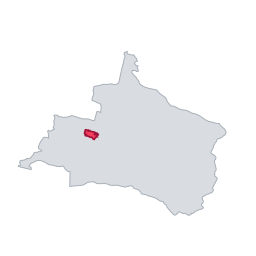 location of Luilu, Kasaï-Oriental, Democratic Republic of the Congo, rotated 103°
{"feature_id": "63176286B70348427219396", "entity_name": "Luilu", "entity_type": "district", "adm_level": 2, "iso_a3": "COD", "parent_name": "Democratic Republic of the Congo", "parent_adm1": "Kasaï-Oriental", "projection": "equal_earth", "projection_center": [23.592, -7.312], "detail": "fine", "context": "in_parent", "style": "filled", "palette": "rose", "viewbox_px": 256, "rotation_deg": 103, "n_neighbors": 0, "source": "geoboundaries", "source_scale": "gbopen_adm2", "svg_char_len": 6256}
<svg xmlns="http://www.w3.org/2000/svg" viewBox="0 0 256 256"><g transform="rotate(103 128 128)"><path d="M198.0,171.6L183.6,174.6L183.9,175.7L183.7,176.9L183.4,177.8L181.9,180.2L179.7,182.4L179.7,182.9L180.8,185.4L181.4,188.7L181.2,194.6L181.5,196.2L181.5,197.5L180.7,198.8L179.2,205.9L180.2,209.4L183.0,212.6L184.6,215.0L187.4,215.8L187.9,215.7L188.1,213.7L190.3,212.9L190.2,225.6L190.0,226.3L189.6,226.4L189.1,226.0L188.9,224.8L188.4,224.3L185.6,225.9L184.9,225.8L184.2,225.6L183.6,224.9L183.5,224.0L181.6,220.3L180.6,220.0L179.6,216.7L175.3,214.3L173.7,214.1L172.8,213.4L172.0,210.7L170.6,209.1L170.2,207.2L170.0,206.9L169.1,207.3L168.3,210.3L167.3,211.0L165.6,211.0L161.2,210.2L158.0,208.7L157.2,208.8L155.9,207.4L155.4,205.1L155.7,203.4L155.5,203.1L150.7,204.6L149.5,205.5L148.4,205.3L148.1,204.8L148.6,203.6L148.3,202.3L148.0,201.7L146.6,201.2L146.1,199.8L145.2,199.6L145.0,199.8L144.7,200.7L144.2,201.0L141.4,200.6L138.4,201.8L134.4,201.5L132.5,203.0L132.2,202.9L131.8,202.2L131.4,199.8L131.6,199.1L132.2,198.7L132.4,197.7L132.2,195.2L132.3,194.6L132.1,193.2L131.5,190.9L130.7,189.0L128.9,186.2L128.5,184.9L128.7,181.8L129.2,176.8L129.2,173.1L128.4,170.7L128.2,168.1L128.7,163.5L128.3,162.4L119.1,162.0L118.7,161.6L118.6,161.0L119.0,158.2L113.4,158.9L111.7,159.5L110.7,160.6L110.4,162.0L110.3,164.0L109.5,165.9L109.3,169.2L107.7,169.6L106.2,169.6L103.2,168.9L100.3,169.8L98.9,170.7L98.2,170.3L95.6,170.6L95.2,170.3L92.2,163.9L90.9,161.8L90.6,160.7L90.7,159.7L90.4,158.4L89.0,155.1L88.7,153.5L88.8,151.1L88.6,150.3L87.4,148.2L86.5,147.5L85.6,147.2L70.7,147.4L65.7,147.1L62.1,147.3L60.3,147.2L59.8,146.9L58.1,147.3L57.3,148.2L56.0,148.6L55.2,148.4L53.6,146.0L55.7,145.6L55.9,145.4L56.0,139.6L55.4,138.8L56.6,137.8L58.4,135.3L60.1,134.4L60.4,133.9L60.8,133.9L61.4,135.0L62.9,136.4L64.8,135.1L65.0,134.8L65.3,132.3L65.8,132.1L66.6,132.7L67.0,132.7L67.9,131.9L70.3,130.7L71.0,132.3L70.3,133.7L70.6,134.7L70.7,136.3L71.1,136.6L73.0,136.8L73.6,136.4L77.4,130.8L78.4,130.1L80.0,127.9L82.1,126.9L83.0,125.1L84.2,121.9L84.7,117.4L84.5,109.5L84.7,108.4L87.3,104.8L89.9,98.4L91.7,96.7L93.0,96.0L95.1,93.6L96.7,91.2L96.5,88.4L96.9,86.0L97.8,83.0L98.1,79.8L97.8,76.4L97.9,73.7L99.1,69.3L99.2,64.3L100.3,60.0L102.5,54.7L103.5,50.7L103.3,46.7L103.6,43.8L103.5,42.1L103.1,40.6L103.3,39.7L104.2,39.3L105.2,37.9L107.1,34.0L109.0,32.1L110.4,31.5L111.9,31.6L112.8,31.9L114.3,33.4L116.1,34.6L117.4,36.1L118.7,38.5L121.8,39.0L123.1,39.9L123.9,40.2L124.2,40.0L124.8,40.1L126.3,40.8L127.5,40.4L133.2,41.9L133.9,41.2L135.5,37.1L136.7,35.7L138.6,35.6L140.2,36.4L141.0,36.4L148.0,32.9L148.9,32.7L151.5,33.6L153.2,33.0L153.8,33.2L155.3,32.6L156.5,30.2L157.4,29.6L167.5,32.2L169.1,30.9L169.8,30.8L172.1,31.7L172.8,33.2L174.1,34.5L175.1,36.6L176.6,37.8L177.4,38.9L178.2,39.7L180.1,39.9L182.4,38.0L184.1,38.2L185.7,39.3L186.3,39.2L187.6,38.1L188.2,36.9L188.9,36.7L189.8,37.2L190.6,38.3L191.3,39.9L193.9,43.5L196.3,45.1L197.0,47.3L197.8,47.1L198.3,47.3L198.9,48.7L199.4,49.0L199.5,49.6L198.9,50.9L198.3,53.4L199.0,55.0L198.4,57.3L198.1,59.6L198.9,60.2L199.9,60.2L200.9,61.4L201.6,61.6L202.4,62.9L202.2,63.9L199.8,67.7L196.2,72.4L194.9,73.0L194.3,73.8L193.9,75.2L192.8,76.4L192.0,76.8L191.9,80.2L190.7,83.7L190.2,84.4L189.6,90.1L189.7,91.1L189.0,95.7L189.1,100.1L187.4,101.4L186.1,103.6L185.6,105.0L185.6,108.6L183.6,110.7L183.5,111.2L184.0,113.7L184.7,114.1L184.7,114.9L186.3,117.6L186.2,125.8L186.3,126.6L187.1,128.6L187.7,132.3L187.1,137.0L189.2,145.7L188.2,148.8L188.7,151.9L190.0,155.0L193.1,158.2L193.9,159.5L194.7,161.2L195.4,163.9L198.0,171.6Z" fill="#d9dde1" stroke="#a8b0b8" stroke-width="1"/><path d="M139.9,158.5L139.8,158.8L139.7,158.9L139.7,159.0L139.7,159.3L139.8,159.3L139.8,159.5L139.7,159.5L139.5,159.8L139.5,160.0L139.5,160.3L139.4,160.5L139.4,160.8L139.5,160.8L139.5,161.0L139.6,161.3L139.6,161.5L139.6,161.8L139.6,162.1L139.5,162.3L139.5,162.5L139.7,162.8L139.7,163.0L139.6,163.3L139.6,163.6L139.7,163.8L139.6,164.0L139.5,164.3L139.4,164.4L139.4,164.5L139.4,164.8L139.5,164.9L139.4,164.9L139.5,165.0L139.4,165.2L139.4,165.3L139.5,165.4L139.5,165.5L139.4,165.6L139.5,165.6L139.5,165.8L139.5,166.0L139.4,166.1L139.5,166.2L139.4,166.2L139.4,166.3L139.4,166.5L139.2,166.9L139.2,167.0L139.2,167.3L139.1,167.6L139.2,167.8L139.2,168.0L139.1,168.5L139.3,168.9L139.3,169.0L139.5,169.0L139.8,169.3L139.9,169.2L140.0,169.1L140.7,169.0L140.8,169.1L141.2,169.0L141.3,169.1L141.5,169.1L141.6,169.3L141.8,169.3L141.8,169.2L142.0,169.0L142.2,168.9L142.3,168.9L142.3,169.0L142.6,169.2L142.8,169.2L143.1,169.2L143.2,168.8L143.2,168.7L143.3,168.7L143.3,168.3L143.5,168.1L143.6,167.8L143.6,167.7L143.7,167.8L143.8,167.9L143.8,168.0L144.0,168.1L144.1,168.6L144.1,168.9L144.1,169.0L144.1,168.8L144.1,168.5L144.2,168.4L144.4,168.2L144.8,168.1L145.0,167.9L145.1,167.7L145.2,167.4L145.2,167.2L144.9,166.7L144.9,166.4L145.0,166.3L145.0,166.2L144.9,166.2L145.0,166.1L144.9,165.7L145.0,165.6L144.9,165.5L145.0,165.3L145.0,165.2L144.9,165.0L145.0,164.9L145.0,164.6L145.1,164.4L145.2,164.2L145.2,163.9L145.3,163.9L145.3,163.7L145.3,163.4L145.4,163.1L145.5,163.0L145.6,162.9L145.4,162.7L145.2,162.5L145.2,162.4L145.3,162.4L145.3,162.2L145.4,161.9L145.3,161.5L145.2,161.4L145.3,161.1L145.5,160.9L145.7,160.4L145.8,160.4L145.9,160.2L146.0,160.0L146.0,159.9L146.2,159.7L146.3,159.7L146.4,159.8L146.5,159.8L146.5,159.6L146.7,159.2L146.7,158.9L146.6,158.6L146.8,158.4L146.7,158.2L146.4,158.2L146.3,158.3L146.1,158.3L146.0,158.2L145.9,158.0L145.8,157.9L145.7,157.8L145.4,157.9L145.0,158.0L144.9,157.9L144.8,157.7L144.5,157.5L144.4,157.5L144.4,157.4L144.5,157.3L144.5,157.2L144.2,157.0L144.1,156.9L144.0,156.7L143.9,156.5L143.6,156.4L143.5,156.2L143.3,156.4L143.2,156.4L143.2,156.2L143.0,156.4L142.9,156.4L142.7,156.4L142.6,156.5L142.4,156.7L142.0,156.4L141.9,156.3L141.7,156.1L141.5,155.8L141.5,155.6L141.4,155.6L141.2,155.4L141.1,155.5L140.9,155.6L141.0,155.8L140.9,156.0L140.6,156.2L140.5,156.3L140.4,156.5L140.2,156.6L140.3,156.7L140.3,156.9L140.4,157.0L140.2,157.0L140.0,157.4L140.1,157.6L140.0,157.8L139.9,158.1L139.9,158.3L139.9,158.5ZM141.1,158.3L141.4,158.5L141.7,158.4L141.9,158.4L142.0,158.6L142.0,158.9L142.0,159.1L141.9,159.2L141.7,159.3L141.6,159.5L141.3,159.4L140.9,159.4L140.9,159.2L140.9,158.9L141.0,158.5L141.1,158.3Z" fill="#f43f5e" stroke="#9f1239" stroke-width="1.5"/></g></svg>